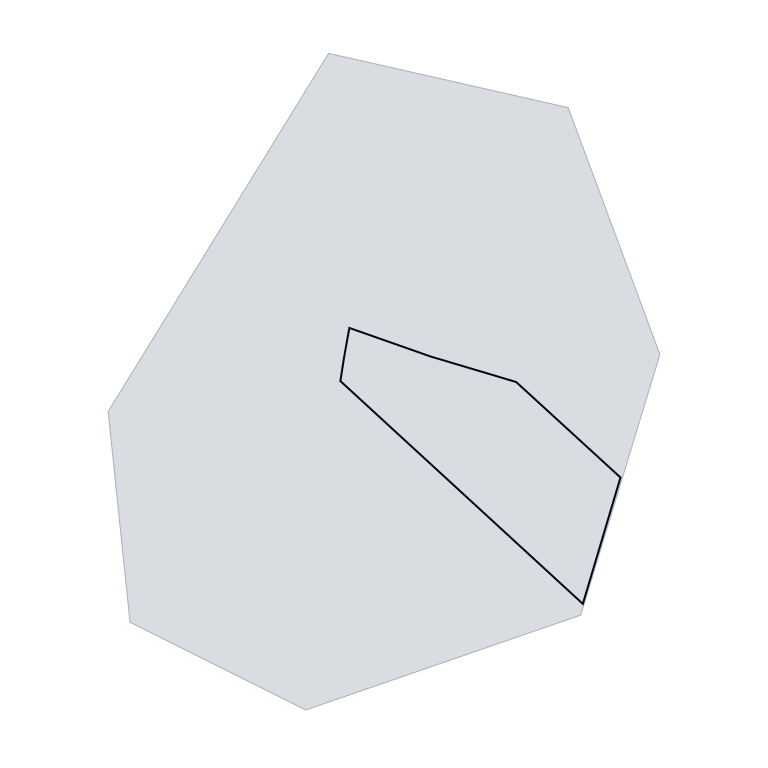 location of Nibok within Nauru, rotated 182°
{"feature_id": "NRU-4974", "entity_name": "Nibok", "entity_type": "state/province", "adm_level": 1, "iso_a3": "NRU", "parent_name": "Nauru", "parent_adm1": "", "projection": "albers", "projection_center": [166.924, -0.513], "detail": "fine", "context": "in_parent", "style": "outline", "palette": "ink", "viewbox_px": 768, "rotation_deg": 182, "n_neighbors": 0, "source": "natural_earth", "source_scale": "10m", "svg_char_len": 419}
<svg xmlns="http://www.w3.org/2000/svg" viewBox="0 0 768 768"><g transform="rotate(182 384 384)"><path d="M658.7,346.9L450.9,712.5L209.6,666.6L109.3,423.2L179.3,159.9L450.9,55.5L629.5,137.0L658.7,346.9Z" fill="#d9dde1" stroke="#a8b0b8" stroke-width="1"/><path d="M144.4,298.8L177.6,171.2L427.7,385.4L424.8,409.4L420.6,438.8L338.4,413.1L252.0,390.6L144.4,298.8Z" fill="none" stroke="#020617" stroke-width="2"/></g></svg>